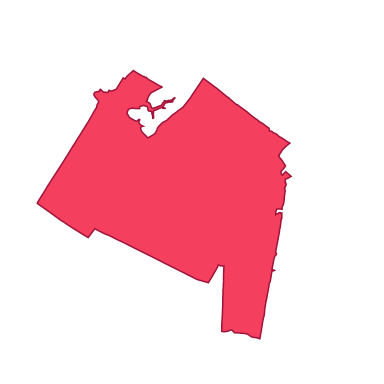 the district of Schitu, Olt, Romania, rotated 122°
{"feature_id": "2599482B63035340455431", "entity_name": "Schitu", "entity_type": "district", "adm_level": 2, "iso_a3": "ROU", "parent_name": "Romania", "parent_adm1": "Olt", "projection": "albers", "projection_center": [24.557, 44.358], "detail": "fine", "context": "isolated", "style": "filled", "palette": "rose", "viewbox_px": 384, "rotation_deg": 122, "n_neighbors": 0, "source": "geoboundaries", "source_scale": "gbopen_adm2", "svg_char_len": 5964}
<svg xmlns="http://www.w3.org/2000/svg" viewBox="0 0 384 384"><g transform="rotate(122 192 192)"><path d="M285.7,255.9L282.7,255.6L278.7,255.3L274.5,254.9L274.5,252.6L274.0,246.6L273.7,244.0L273.4,242.0L272.9,240.2L271.8,228.3L271.4,225.7L269.9,209.4L268.2,192.2L266.8,176.4L265.5,163.1L263.6,142.4L263.4,140.9L263.0,139.6L260.3,130.1L254.6,130.1L245.5,130.4L243.3,130.5L240.3,130.9L240.0,131.0L239.5,129.8L239.6,129.1L239.5,128.5L239.1,128.1L237.9,125.5L239.9,124.6L243.0,122.7L246.4,120.9L246.9,120.3L249.2,119.2L249.6,118.8L251.3,117.7L253.0,116.9L255.3,115.6L255.7,115.2L257.0,114.6L257.7,114.1L259.0,113.7L260.1,113.0L260.6,112.4L261.7,112.0L262.7,111.3L264.9,110.1L272.3,105.6L278.7,102.0L279.3,101.4L280.0,101.2L281.4,100.5L281.8,100.1L282.4,99.9L289.7,95.9L294.4,92.9L294.1,91.9L293.7,91.2L293.2,90.3L292.5,89.4L291.3,88.0L288.7,86.2L288.0,85.3L287.9,84.9L288.0,84.1L288.5,83.0L288.7,81.9L288.8,81.2L288.6,80.9L286.7,77.6L285.6,75.2L284.6,73.5L283.7,71.5L283.2,69.5L283.1,67.8L283.4,65.9L282.9,63.2L281.3,59.9L280.8,57.9L280.6,56.7L280.0,56.9L274.2,59.2L263.4,63.8L263.1,63.9L259.9,65.0L258.6,65.3L254.8,67.1L253.9,67.7L250.7,69.1L249.4,69.7L247.8,70.3L246.6,70.9L243.3,72.0L235.3,75.2L231.2,76.8L230.8,77.1L228.4,78.1L227.6,78.2L226.9,78.1L221.8,80.1L220.5,80.8L216.8,82.2L214.8,80.4L214.7,81.1L215.6,82.9L215.4,83.1L211.5,84.6L210.0,85.2L204.0,87.5L202.9,87.7L202.5,87.7L201.4,87.4L200.8,87.4L200.0,87.5L199.4,87.7L199.2,88.0L199.3,88.9L199.0,89.1L178.8,97.0L177.0,98.1L176.2,98.1L175.7,98.3L167.2,102.1L166.9,101.8L162.3,104.6L162.9,104.9L163.0,105.3L163.0,105.6L162.7,105.9L162.7,106.3L162.9,106.7L163.7,107.4L165.1,107.6L165.2,107.9L165.4,108.4L165.6,108.7L166.8,109.0L164.8,110.3L161.6,111.1L160.2,109.1L158.9,106.4L157.9,107.2L156.7,107.7L154.5,107.8L152.9,108.3L148.8,110.1L147.7,110.9L145.5,111.8L142.2,113.4L141.9,113.4L140.5,114.6L139.5,115.2L139.4,115.4L139.5,115.8L139.4,115.9L138.0,115.7L136.7,115.8L135.7,116.2L135.5,116.3L135.2,116.8L134.6,117.1L134.5,117.3L134.7,117.8L131.9,119.6L128.3,117.3L126.2,116.2L125.1,123.4L130.0,124.4L130.1,124.5L127.9,127.5L127.4,127.3L125.7,127.0L123.5,126.7L121.3,126.5L120.4,126.6L120.1,126.7L119.5,128.2L117.1,133.3L116.8,134.4L116.1,136.6L116.0,137.3L114.6,137.3L114.2,137.5L114.1,138.0L113.1,137.7L111.5,137.6L108.4,137.7L104.1,136.7L99.1,135.1L98.7,134.9L98.8,139.3L98.6,142.4L98.7,145.4L98.7,147.2L98.6,148.4L98.4,149.4L98.2,150.6L98.2,151.5L98.2,152.4L98.7,154.1L98.6,154.6L98.4,155.4L98.4,156.7L98.6,157.6L99.0,158.3L99.1,158.5L99.0,158.9L98.7,159.2L97.7,159.8L97.5,160.1L97.1,160.6L97.0,161.2L96.9,163.3L96.9,164.7L96.5,167.1L96.5,169.3L96.6,170.1L96.6,170.9L96.4,173.5L96.2,174.9L96.1,175.4L96.2,176.2L96.1,177.6L95.9,179.7L95.7,182.7L95.5,183.3L95.3,185.7L95.1,186.2L95.0,187.2L94.8,187.9L94.2,197.7L93.9,199.0L93.9,199.9L94.1,200.1L94.4,200.3L94.2,201.2L93.9,203.6L93.0,209.3L92.6,211.1L92.7,212.6L91.0,225.6L89.6,242.6L101.7,243.0L105.4,243.2L112.7,243.3L122.5,244.3L123.7,244.5L125.6,244.8L130.9,247.1L131.9,247.3L137.6,249.6L144.9,251.5L147.5,253.1L149.7,254.1L152.4,254.6L152.5,254.7L155.8,255.2L156.3,255.2L157.5,254.6L160.8,254.4L162.3,254.5L164.1,255.2L169.1,257.9L169.3,258.2L169.4,258.4L169.2,259.3L168.9,260.5L167.7,265.8L167.2,267.0L165.9,268.6L164.8,269.7L164.5,269.8L163.5,269.4L162.6,268.8L162.1,268.3L162.3,269.6L162.3,270.6L162.1,271.7L162.1,271.8L161.9,272.6L161.5,273.6L160.1,274.5L158.5,274.4L158.3,274.6L158.4,275.2L158.6,275.5L161.0,276.2L161.4,276.6L161.6,277.5L161.9,280.0L161.9,282.9L161.9,284.3L161.8,284.8L161.6,285.2L161.1,286.1L160.6,286.7L160.5,287.9L160.3,288.3L159.5,288.8L158.6,289.2L157.0,289.6L155.4,289.5L154.8,289.2L153.2,287.9L152.6,287.1L152.0,286.0L151.5,284.7L151.1,284.1L149.1,280.6L148.9,280.6L147.5,281.6L147.3,281.5L146.0,280.6L144.6,279.1L144.1,278.8L143.9,276.9L143.4,275.6L143.3,275.1L143.5,274.7L144.1,274.1L146.0,272.5L146.2,272.1L146.3,271.9L145.6,270.1L144.9,268.8L145.0,268.6L146.7,267.7L147.8,266.3L148.9,265.3L150.3,264.4L150.3,264.2L150.2,264.2L149.6,263.9L148.9,264.1L147.9,265.0L145.6,266.5L143.9,267.3L143.1,267.5L142.6,267.3L141.9,266.3L140.5,265.4L136.0,262.4L136.0,262.1L136.6,261.7L136.7,261.4L136.1,260.7L135.6,259.3L135.4,259.1L135.2,259.1L135.2,259.3L135.4,260.9L135.3,261.3L134.6,261.9L133.7,261.7L132.3,261.9L131.6,261.9L130.8,261.6L129.7,261.1L129.2,260.2L127.9,259.2L127.1,257.4L126.1,257.2L126.0,256.4L125.3,256.3L125.2,256.8L125.1,257.0L122.6,256.4L121.3,256.3L121.3,256.7L121.6,256.9L122.6,257.3L124.0,257.5L124.7,257.8L125.3,258.6L126.2,259.3L126.4,259.5L126.5,260.0L126.6,260.4L127.8,261.2L129.2,262.7L129.2,262.9L128.9,263.1L128.8,263.3L128.8,263.5L129.0,263.7L129.5,263.8L130.0,263.5L131.9,264.0L133.7,263.8L134.4,263.9L134.7,264.1L135.4,264.5L140.6,268.5L141.9,269.6L142.0,270.1L141.8,271.3L140.0,273.4L139.4,274.2L139.2,274.8L139.1,276.2L139.3,277.3L139.3,278.8L138.5,278.6L137.2,278.6L136.9,279.2L132.5,279.5L131.5,279.5L129.4,279.2L118.9,273.0L118.8,273.3L119.1,276.3L119.3,280.3L119.3,282.2L119.6,288.4L119.5,289.6L119.5,290.0L119.3,290.8L118.9,291.3L119.7,292.7L119.5,293.9L119.9,294.6L120.1,299.8L120.1,306.2L122.4,306.7L127.9,308.4L130.3,308.6L131.6,308.6L131.7,310.8L135.7,310.8L143.7,310.7L145.0,310.7L145.3,310.9L149.5,314.1L149.5,314.5L149.6,316.1L149.9,316.3L150.2,316.3L150.6,316.2L152.0,316.2L152.3,316.3L152.6,316.7L153.2,318.2L153.4,318.8L153.6,319.0L154.3,319.6L154.4,319.8L154.2,320.2L153.4,323.9L153.5,324.2L153.7,324.3L154.1,324.2L154.3,324.2L154.7,323.9L155.0,324.0L155.3,323.8L158.8,327.1L159.1,327.3L160.7,327.2L161.7,326.5L162.1,326.0L162.9,324.2L163.4,322.3L164.2,319.9L164.4,319.5L164.7,319.2L165.3,318.8L168.0,318.8L171.0,317.7L174.6,317.8L178.4,317.6L178.6,317.5L187.9,317.2L192.6,317.3L203.4,317.2L207.4,317.3L211.9,317.2L215.9,317.3L224.0,317.2L233.8,317.2L262.7,317.6L264.9,317.6L265.6,317.5L281.1,317.5L282.1,317.5L283.3,317.3L283.7,317.1L284.5,302.5L285.6,287.8L285.5,284.7L285.6,282.3L285.8,274.6L285.8,265.3L285.7,255.9Z" fill="#f43f5e" stroke="#9f1239" stroke-width="1.5"/></g></svg>